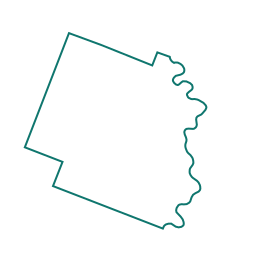 Burt, Nebraska, United States of America (Robinson projection), rotated 21°
{"feature_id": "52423323B77743332885702", "entity_name": "Burt", "entity_type": "district", "adm_level": 2, "iso_a3": "USA", "parent_name": "United States of America", "parent_adm1": "Nebraska", "projection": "robinson", "projection_center": [-96.168, 41.865], "detail": "fine", "context": "isolated", "style": "outline", "palette": "teal", "viewbox_px": 256, "rotation_deg": 21, "n_neighbors": 0, "source": "geoboundaries", "source_scale": "gbopen_adm2", "svg_char_len": 1730}
<svg xmlns="http://www.w3.org/2000/svg" viewBox="0 0 256 256"><g transform="rotate(21 128 128)"><path d="M78.8,209.1L196.6,209.4L196.7,206.9L197.1,205.8L198.0,204.4L200.1,202.8L202.6,201.8L207.9,203.0L210.9,202.6L213.3,201.1L214.3,199.6L214.6,198.7L214.5,197.9L214.2,197.0L213.6,195.9L211.9,193.8L209.0,191.9L203.5,189.3L202.5,187.7L202.2,186.3L202.1,184.9L202.8,182.0L203.5,181.1L205.4,179.9L207.5,179.3L210.1,178.0L211.8,175.9L212.4,174.3L212.2,169.9L212.7,167.0L214.3,164.7L216.7,162.1L217.4,160.2L217.3,158.8L216.4,156.8L215.5,155.5L213.4,153.6L211.4,152.6L206.7,151.4L205.1,150.8L203.1,149.4L201.7,147.9L201.1,146.5L200.5,144.5L200.5,143.3L201.6,139.1L201.6,137.3L200.7,135.3L199.4,133.4L198.6,132.6L196.0,130.9L193.3,129.9L191.6,128.9L190.3,127.5L189.2,126.3L188.3,125.0L187.7,123.6L187.4,122.5L187.2,119.2L186.7,117.7L185.5,116.0L183.3,113.7L182.0,111.6L181.9,109.9L182.3,108.8L182.9,107.9L184.7,106.9L189.1,105.5L190.0,104.9L191.1,103.1L191.3,101.9L191.1,100.3L188.6,95.7L188.2,93.9L188.6,92.5L189.0,91.9L191.6,89.1L192.3,87.5L193.8,83.3L193.9,81.3L193.7,80.4L192.6,79.1L189.5,77.5L183.9,76.6L182.4,76.6L179.7,77.1L177.5,78.1L176.4,78.3L173.8,78.1L173.1,77.8L171.5,76.3L171.1,75.8L170.9,74.7L171.9,72.5L173.6,69.8L174.0,68.7L174.0,67.7L173.6,66.5L172.4,64.9L170.0,63.9L165.8,63.6L162.5,64.7L161.6,66.0L160.1,68.9L159.4,69.8L158.8,70.1L157.2,70.2L154.8,69.3L153.2,68.0L152.8,67.3L152.6,66.4L152.8,64.6L153.9,62.2L157.9,59.4L159.5,57.6L160.2,56.0L160.1,54.5L159.4,52.8L158.7,52.0L156.4,50.2L154.1,49.4L151.0,49.1L148.2,50.1L147.7,50.7L145.8,50.3L144.8,49.9L143.1,48.8L142.1,47.6L141.5,46.6L128.3,46.9L128.2,60.9L73.3,60.1L38.9,60.6L38.6,183.0L79.0,183.1L78.8,209.1Z" fill="none" stroke="#0f766e" stroke-width="2"/></g></svg>